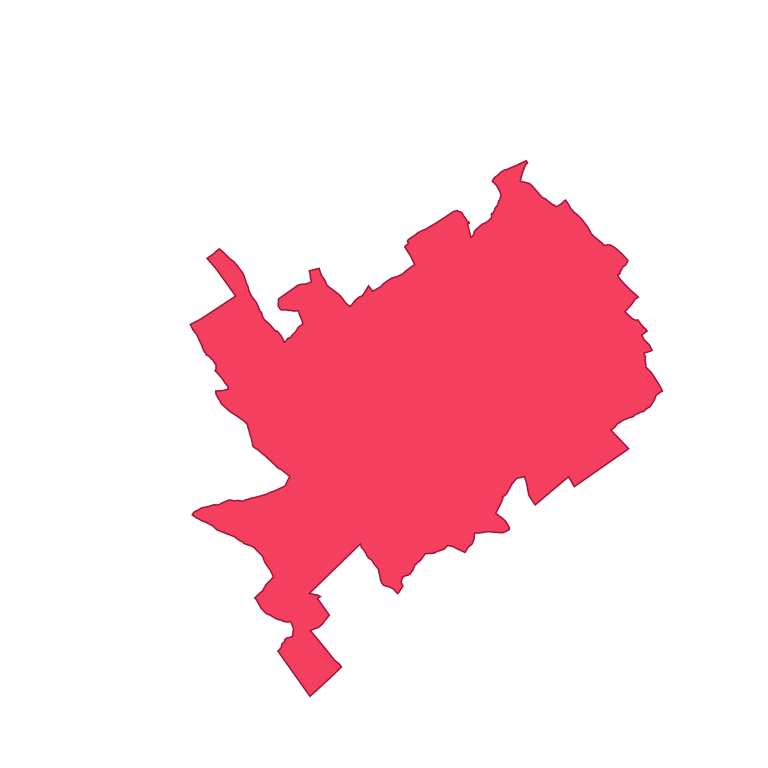 Calotmul, Yucatán, Mexico (Natural Earth projection), rotated 138°
{"feature_id": "50627088B16225885503466", "entity_name": "Calotmul", "entity_type": "district", "adm_level": 2, "iso_a3": "MEX", "parent_name": "Mexico", "parent_adm1": "Yucatán", "projection": "natural_earth1", "projection_center": [-88.115, 20.998], "detail": "fine", "context": "isolated", "style": "filled", "palette": "rose", "viewbox_px": 768, "rotation_deg": 138, "n_neighbors": 0, "source": "geoboundaries", "source_scale": "gbopen_adm2", "svg_char_len": 6171}
<svg xmlns="http://www.w3.org/2000/svg" viewBox="0 0 768 768"><g transform="rotate(138 384 384)"><path d="M213.4,463.8L217.2,465.8L227.7,467.2L239.7,469.2L250.2,471.4L253.3,472.6L258.5,473.9L259.7,473.7L269.2,475.0L270.2,474.8L271.2,474.4L271.5,472.1L276.9,472.1L278.5,461.6L281.3,452.2L286.1,452.9L292.5,453.4L296.5,453.3L302.8,455.2L307.0,457.5L312.5,458.4L317.7,458.9L321.2,458.5L330.3,460.4L329.8,467.3L337.9,464.8L341.4,464.1L344.1,465.2L349.7,465.5L355.2,464.3L357.2,464.4L357.9,466.9L358.2,470.5L357.5,476.4L357.6,481.2L360.1,493.7L360.2,496.1L359.3,498.3L358.3,501.6L357.9,505.8L357.5,507.0L356.7,509.3L354.8,513.3L363.9,518.1L364.9,515.8L367.5,512.2L369.7,508.6L371.7,509.1L375.4,510.8L379.5,514.0L383.1,515.4L383.6,515.2L405.4,517.8L410.3,513.0L410.7,511.8L411.1,509.1L410.9,508.1L408.7,505.8L407.6,505.1L405.1,501.8L404.3,501.4L402.6,498.9L398.7,495.7L400.8,491.2L401.2,489.5L402.0,487.7L402.3,486.3L404.2,482.8L409.1,483.5L411.0,483.2L412.6,482.5L416.8,481.7L419.0,481.9L421.6,481.2L422.6,481.3L425.4,482.3L426.1,481.8L428.5,481.6L430.2,481.8L429.2,484.7L428.2,488.7L428.0,492.6L428.1,495.2L429.3,495.8L429.0,504.7L429.8,511.3L429.6,514.2L427.2,519.1L427.2,522.3L425.6,525.7L424.1,530.8L424.2,531.6L423.7,537.7L422.4,542.3L421.7,544.1L419.7,547.8L419.5,549.2L418.8,550.9L415.0,559.5L414.3,564.4L414.3,566.5L413.8,569.6L413.7,574.1L413.9,576.2L414.8,580.5L415.2,589.8L415.9,593.6L415.8,594.6L420.4,595.0L422.3,594.7L431.4,595.8L431.8,580.7L435.4,548.6L476.9,554.9L488.1,557.8L489.4,553.1L489.8,552.5L489.6,550.9L490.1,548.2L489.9,546.8L493.8,534.1L495.5,529.9L496.2,525.5L496.6,524.3L495.5,522.1L495.5,518.2L495.2,515.9L495.6,514.0L495.6,512.2L496.1,511.9L496.0,510.7L499.3,507.0L500.5,507.2L500.6,496.2L501.6,490.7L501.5,487.5L503.0,484.3L508.8,487.4L513.7,491.4L515.5,489.1L516.8,484.4L517.3,480.6L518.0,479.1L518.1,477.7L517.0,466.7L514.9,459.3L512.7,449.5L512.7,444.9L513.9,443.3L515.3,440.0L517.2,436.7L519.5,431.2L520.1,430.6L521.1,428.6L522.9,426.0L523.0,423.8L521.7,419.2L520.1,407.3L518.9,392.1L517.7,389.4L515.9,378.3L522.0,376.1L523.6,375.1L526.0,374.5L536.2,377.5L540.8,379.4L545.5,380.9L554.8,385.5L559.4,388.2L562.4,389.4L564.4,390.6L565.8,390.7L567.4,391.4L570.5,395.3L573.3,397.1L576.4,401.3L584.6,404.2L587.1,404.5L589.4,406.1L591.2,408.1L596.9,410.6L597.7,411.4L598.7,411.7L602.1,413.9L606.8,414.8L609.7,415.7L611.4,415.9L614.1,415.1L612.9,409.8L611.8,407.3L610.9,404.2L609.9,402.2L609.3,401.4L606.2,393.1L605.8,388.1L605.6,387.1L597.3,370.4L596.0,363.7L594.8,361.6L594.7,359.3L593.9,357.4L591.1,352.5L590.1,349.8L589.9,348.3L589.9,344.5L589.5,339.3L589.7,336.9L590.0,335.5L590.6,334.8L591.2,333.2L592.0,330.4L593.2,321.3L595.3,314.6L601.1,314.0L602.6,314.2L606.5,313.7L612.8,311.5L615.9,311.8L623.3,311.4L623.1,309.2L625.4,299.7L625.2,293.3L624.6,290.7L623.2,288.4L622.6,285.9L621.2,281.7L620.0,279.3L618.5,277.5L617.7,275.2L615.4,272.1L612.3,269.8L614.1,264.6L615.6,262.1L620.0,258.6L621.0,257.5L626.8,260.5L628.4,260.5L630.0,259.1L633.2,259.3L637.3,256.7L641.6,256.5L648.0,201.4L622.1,201.6L604.9,202.2L604.6,206.1L605.5,211.6L604.2,236.4L603.8,250.0L601.0,249.2L596.0,247.1L594.4,246.8L589.5,246.9L587.3,247.5L579.3,248.8L576.9,269.2L573.5,268.6L574.3,271.2L576.5,273.9L579.5,278.3L508.6,281.0L508.8,280.0L510.0,278.1L510.1,276.4L509.9,274.5L510.4,271.8L511.1,269.6L511.8,266.0L511.8,264.7L511.0,261.9L511.8,256.1L512.1,250.0L514.2,246.8L515.2,244.6L517.9,240.3L518.9,237.1L519.0,235.1L518.5,233.7L515.5,229.0L514.3,225.7L514.2,224.7L514.3,221.8L514.1,219.0L511.4,219.4L505.1,221.2L504.4,223.7L503.7,225.2L502.5,226.2L499.6,227.9L496.8,227.3L493.3,225.6L491.4,225.3L486.6,226.5L482.1,228.9L481.1,228.5L478.9,228.9L475.2,228.5L467.2,230.2L464.8,228.7L462.9,227.0L459.5,224.5L456.5,224.0L453.2,222.4L449.5,221.0L444.7,221.4L441.1,216.2L440.4,213.7L436.5,204.6L431.2,206.3L427.8,206.3L426.3,206.0L425.3,206.3L422.1,207.8L420.8,208.6L417.6,211.7L416.1,212.4L413.2,209.7L405.5,204.7L397.0,195.6L394.6,193.6L394.2,193.8L393.0,193.1L388.2,192.0L387.1,193.1L386.8,193.8L385.5,200.0L385.7,203.9L386.4,207.8L386.8,209.1L387.3,213.3L379.5,216.1L372.2,219.4L371.0,220.8L369.2,220.3L366.2,220.4L355.6,224.1L348.5,225.1L341.6,221.0L342.2,219.5L342.7,219.1L343.2,217.2L346.1,212.0L348.4,208.5L350.8,204.2L351.3,202.3L352.6,193.0L309.1,191.6L309.3,189.6L310.1,185.5L310.8,183.2L311.3,180.4L245.5,172.2L246.2,198.0L243.3,197.5L240.5,197.6L237.4,198.2L234.7,197.6L231.5,197.3L225.0,195.2L221.7,193.4L220.1,192.9L218.4,193.1L217.7,193.0L211.1,191.0L209.4,189.8L206.6,190.0L201.1,189.1L193.6,191.3L189.5,193.4L188.1,193.5L186.5,193.1L185.5,193.3L181.8,192.4L181.1,194.7L179.6,201.4L177.7,213.4L178.0,221.2L175.0,225.3L174.5,226.1L174.4,226.9L173.4,227.4L171.2,229.7L170.8,231.7L170.1,232.9L164.4,230.3L162.2,229.6L161.0,233.9L160.7,236.8L161.0,243.0L159.7,247.9L153.1,247.3L152.7,249.3L153.1,253.0L153.0,254.4L153.2,256.5L152.9,257.5L152.8,259.1L152.4,261.7L154.2,262.8L155.7,266.3L156.6,276.5L147.3,277.4L140.4,279.0L136.8,278.3L138.1,289.9L138.5,300.0L138.3,305.2L137.5,308.6L134.3,308.1L134.1,309.5L132.3,309.6L128.0,311.2L124.8,310.6L120.0,312.6L120.0,319.7L120.5,325.4L120.8,328.5L121.5,332.0L122.7,335.6L124.8,337.9L127.7,339.7L127.7,343.3L129.4,353.9L129.3,357.4L127.6,364.2L126.8,372.6L127.0,379.6L127.8,384.8L127.8,389.5L126.8,393.0L126.0,399.2L127.4,399.5L131.7,399.3L135.9,400.0L137.6,400.8L137.6,402.4L138.1,403.3L138.7,405.0L140.1,412.1L139.8,412.5L141.6,417.1L141.3,432.1L141.5,434.4L142.2,436.6L147.1,443.5L141.8,447.1L138.0,449.3L133.3,451.6L130.3,452.4L129.4,452.2L128.8,454.7L138.6,457.7L140.1,457.9L141.1,458.5L150.0,461.6L151.1,462.4L155.0,463.2L159.9,463.0L163.5,463.5L165.2,463.3L167.9,462.2L167.6,460.5L167.6,456.8L167.4,455.9L167.9,455.0L168.9,450.3L169.7,447.8L171.4,445.1L172.7,444.9L174.6,443.5L175.9,443.4L177.7,442.5L178.7,441.2L179.8,441.2L180.7,440.8L183.4,440.4L188.4,438.0L189.6,438.6L190.8,438.3L191.9,436.4L193.6,435.3L195.3,435.7L196.3,435.3L201.9,436.1L203.1,436.8L205.2,437.1L213.4,437.2L215.2,436.8L216.8,435.4L220.0,434.5L221.4,434.7L214.7,447.2L213.3,446.4L212.5,447.3L213.2,449.7L212.6,452.3L212.1,457.0L211.5,458.7L211.7,460.1L213.3,462.9L213.4,463.8Z" fill="#f43f5e" stroke="#9f1239" stroke-width="1.5"/></g></svg>